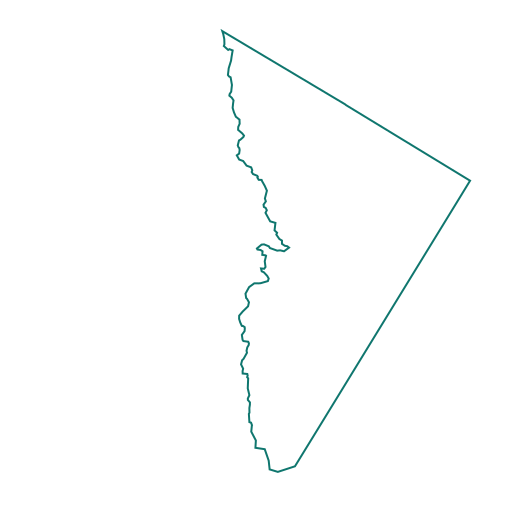 the district of Shoshone, Idaho, United States of America, rotated 211°
{"feature_id": "52423323B48637166565981", "entity_name": "Shoshone", "entity_type": "district", "adm_level": 2, "iso_a3": "USA", "parent_name": "United States of America", "parent_adm1": "Idaho", "projection": "orthographic", "projection_center": [-115.626, 47.501], "detail": "fine", "context": "isolated", "style": "outline", "palette": "teal", "viewbox_px": 512, "rotation_deg": 211, "n_neighbors": 0, "source": "geoboundaries", "source_scale": "gbopen_adm2", "svg_char_len": 2079}
<svg xmlns="http://www.w3.org/2000/svg" viewBox="0 0 512 512"><g transform="rotate(211 256 256)"><path d="M172.3,108.7L169.6,103.0L161.1,97.8L157.7,91.3L149.0,94.9L139.7,87.1L134.4,80.1L126.1,82.2L114.3,95.8L113.9,135.2L112.6,282.5L111.5,403.8L111.3,430.8L256.5,431.7L257.7,431.9L400.7,431.4L398.6,429.6L394.9,425.6L392.1,421.2L391.7,419.4L386.0,418.3L385.3,419.6L381.9,420.2L379.5,414.1L378.0,410.6L376.1,402.9L373.3,396.7L371.6,396.0L369.8,396.1L364.7,390.2L361.9,384.1L362.0,381.2L361.4,379.7L358.3,379.2L355.4,377.8L354.1,374.7L352.3,370.9L348.9,367.8L345.0,365.0L340.4,364.4L338.1,360.9L337.7,357.5L336.3,354.9L330.9,354.0L328.3,353.0L328.1,351.5L329.3,347.6L330.1,346.3L328.6,341.4L326.9,340.1L325.9,339.9L324.6,338.4L323.2,335.1L324.3,332.4L320.1,330.0L315.9,330.8L310.6,328.6L305.8,329.5L303.3,327.5L303.0,325.8L300.8,324.7L296.2,325.4L295.2,324.8L295.2,323.9L292.9,322.7L290.4,324.1L289.2,323.2L284.6,320.6L280.3,317.6L278.0,309.9L275.7,307.9L276.0,303.9L274.5,302.1L272.5,302.2L270.3,300.8L270.1,297.9L261.7,293.0L256.4,294.4L253.3,287.5L249.9,286.8L249.6,284.8L244.7,282.6L241.7,282.6L240.0,279.8L236.6,279.6L234.2,280.5L232.0,280.2L234.4,274.5L238.2,273.3L240.6,271.5L248.2,270.0L250.0,270.9L255.1,270.1L257.1,268.6L259.1,262.9L258.1,262.3L255.2,263.5L252.8,263.4L251.2,260.2L248.1,261.5L247.5,261.4L245.8,256.0L242.2,251.5L242.4,249.3L245.3,247.9L243.2,245.8L240.9,246.1L236.1,244.7L233.5,243.2L232.9,240.6L238.0,235.1L239.8,233.8L243.4,231.7L245.9,225.8L245.6,218.3L242.8,214.9L241.7,214.7L238.2,212.7L236.9,208.8L238.8,201.6L239.7,196.2L238.1,193.4L235.4,191.0L232.2,188.8L231.0,189.3L229.1,189.2L228.2,188.0L227.1,185.7L227.5,181.1L224.3,177.2L223.0,176.6L218.5,178.5L217.1,177.5L216.4,175.9L216.4,173.2L215.3,169.9L213.9,168.4L213.7,161.4L214.2,159.5L213.0,155.4L209.0,152.8L208.2,150.4L206.9,148.4L202.7,150.4L201.5,149.1L201.2,147.6L199.7,147.1L194.9,138.3L190.0,133.3L189.6,129.6L188.8,128.4L185.8,127.4L184.6,125.3L183.4,122.3L180.9,118.3L180.8,117.0L176.1,110.2L174.4,110.6L172.3,108.9L172.3,108.7Z" fill="none" stroke="#0f766e" stroke-width="2"/></g></svg>